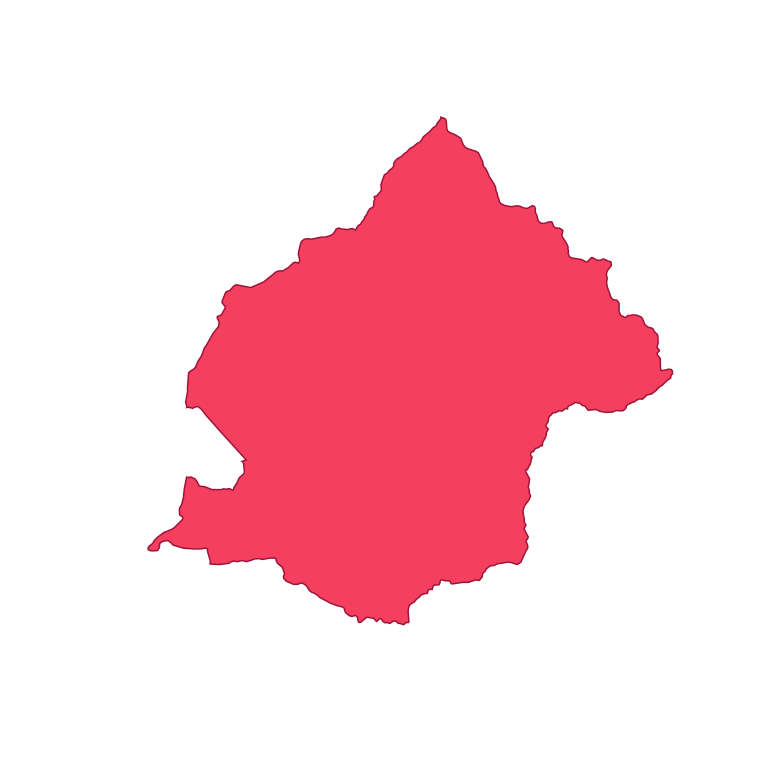 the district of San Marcos, Cajamarca, Peru, rotated 341°
{"feature_id": "86281439B35879365662070", "entity_name": "San Marcos", "entity_type": "district", "adm_level": 2, "iso_a3": "PER", "parent_name": "Peru", "parent_adm1": "Cajamarca", "projection": "albers", "projection_center": [-78.029, -7.273], "detail": "fine", "context": "isolated", "style": "filled", "palette": "rose", "viewbox_px": 768, "rotation_deg": 341, "n_neighbors": 0, "source": "geoboundaries", "source_scale": "gbopen_adm2", "svg_char_len": 6171}
<svg xmlns="http://www.w3.org/2000/svg" viewBox="0 0 768 768"><g transform="rotate(341 384 384)"><path d="M524.6,150.2L524.3,151.5L519.3,154.7L517.2,156.9L513.8,157.8L509.0,160.4L501.7,163.1L499.1,165.5L496.0,167.2L494.2,167.2L487.3,169.6L485.4,169.7L480.6,172.3L478.4,172.7L473.9,174.7L470.1,175.3L467.6,176.4L465.5,178.1L463.5,181.9L457.9,184.1L456.1,185.5L452.4,186.4L446.0,194.5L444.8,199.3L444.1,200.4L438.2,203.9L436.0,203.5L435.5,204.5L435.5,206.2L433.8,208.2L432.8,211.0L431.4,213.0L430.4,213.5L428.4,213.5L426.9,214.2L425.1,215.6L423.1,218.0L420.4,219.6L418.5,221.9L415.7,223.5L414.0,225.2L411.3,225.8L410.2,226.5L407.4,229.2L404.8,226.8L398.5,225.7L396.7,224.5L394.8,224.0L391.8,221.7L389.1,222.0L387.9,223.3L384.5,225.6L381.5,226.2L376.3,226.0L372.1,224.6L364.4,223.7L362.0,223.2L359.3,221.8L355.7,221.2L352.9,222.1L351.2,223.6L347.0,230.1L345.3,233.2L344.6,239.7L342.5,242.0L340.2,240.1L338.0,239.8L331.7,242.7L325.2,244.1L321.1,242.8L318.7,242.8L303.5,248.3L290.1,249.4L288.6,249.0L276.5,242.0L273.8,242.5L268.5,245.5L265.2,245.3L263.7,246.2L257.6,253.5L257.4,254.5L258.9,258.9L258.8,260.2L253.2,265.3L252.4,265.8L248.6,265.9L248.1,266.3L247.8,267.9L248.3,271.7L246.5,275.6L238.7,280.6L228.8,289.5L226.1,291.3L220.4,298.2L215.7,301.8L211.2,306.8L208.6,308.1L205.2,308.8L202.9,309.8L197.1,323.3L195.8,327.2L190.4,336.9L190.4,340.7L189.7,342.0L191.3,342.0L192.8,343.3L193.7,343.5L195.0,344.7L198.1,344.2L200.3,344.7L201.2,345.3L203.2,348.6L205.9,356.5L213.3,374.4L229.0,411.0L224.5,410.9L225.1,411.9L225.3,413.5L223.7,420.6L222.9,422.5L221.7,423.5L217.3,425.2L216.0,426.1L213.0,429.4L208.2,433.2L207.2,435.1L206.5,435.4L204.0,432.7L200.4,432.0L197.8,430.8L195.4,430.8L187.1,427.9L181.1,422.8L176.6,420.6L176.0,419.4L175.6,416.0L174.5,412.3L171.1,409.0L169.1,408.9L167.1,407.7L161.1,418.0L157.2,426.4L153.5,432.0L150.5,434.6L149.4,436.6L148.3,440.8L148.4,441.8L150.1,443.7L150.1,445.2L149.1,446.6L138.8,451.6L136.2,452.3L127.5,452.7L120.2,455.1L115.6,457.3L113.6,459.3L109.0,461.0L107.8,461.9L107.1,463.1L107.7,464.8L110.2,466.2L114.8,467.6L116.2,467.4L117.5,466.3L119.1,464.1L119.9,462.0L121.0,461.3L124.1,460.8L126.7,461.1L128.8,461.9L130.3,463.8L132.4,467.9L141.6,474.3L151.5,478.4L157.6,480.4L161.7,481.1L163.4,482.3L162.8,484.0L162.5,487.2L162.2,494.8L160.9,497.5L169.2,501.0L178.8,503.0L182.2,502.3L184.3,502.5L187.7,504.3L192.5,504.7L196.3,507.3L205.4,507.4L209.4,508.6L211.7,510.2L219.9,511.6L225.0,513.4L224.5,515.7L224.9,518.9L228.2,524.1L228.2,531.1L226.3,533.1L225.9,535.1L227.5,538.8L233.3,544.0L237.3,545.3L239.9,545.1L242.1,545.7L244.9,549.4L246.3,555.2L247.7,557.2L250.3,559.4L252.6,562.5L253.6,564.7L261.7,573.5L267.4,578.3L271.2,580.6L273.0,582.3L273.3,583.3L273.1,587.5L275.7,591.7L277.9,593.3L280.3,593.4L281.7,593.8L282.4,594.5L283.0,596.2L282.3,599.4L282.4,600.9L283.4,601.6L284.7,601.7L291.4,599.0L293.3,599.6L298.2,602.4L298.7,604.4L299.8,606.1L303.9,604.4L304.6,605.0L305.3,606.2L305.4,607.6L306.8,609.8L309.5,610.8L311.3,612.1L312.3,612.2L315.6,611.2L317.7,612.0L318.4,612.6L319.5,615.0L321.0,615.5L324.0,617.8L324.9,617.8L327.1,616.7L329.3,617.5L330.1,617.0L333.0,606.2L335.5,601.8L338.6,600.4L341.4,600.1L344.9,598.0L348.3,596.9L350.2,595.6L353.0,595.4L357.0,596.0L357.9,594.2L359.7,592.9L362.8,593.9L364.0,591.7L366.1,590.3L370.0,591.7L370.9,591.6L372.4,589.8L373.0,588.4L373.7,588.0L375.4,588.3L377.9,590.0L381.8,591.5L382.2,592.0L382.3,594.0L383.2,595.2L394.0,597.2L399.0,599.0L406.8,599.1L410.3,600.7L414.0,598.4L415.7,595.2L418.0,594.3L420.8,592.1L424.2,590.8L426.7,590.8L428.8,591.4L433.1,591.0L443.3,592.8L446.1,594.2L450.4,597.5L451.8,598.0L455.3,597.1L463.9,588.0L466.1,586.4L467.3,583.9L467.1,579.2L467.5,578.3L469.4,577.1L470.6,575.5L469.4,567.4L469.6,566.2L472.3,563.6L471.7,560.3L472.6,557.9L473.5,551.5L474.3,548.9L477.1,545.0L483.6,540.6L486.2,537.5L485.9,534.7L486.7,532.2L486.7,529.0L490.8,521.1L489.5,513.2L489.9,511.4L491.8,511.7L494.6,508.5L496.3,507.5L496.5,506.5L497.4,505.7L499.1,502.6L500.2,501.7L499.4,498.7L501.2,496.1L503.0,496.7L506.2,494.2L509.2,494.4L511.8,493.5L513.7,493.9L514.4,492.0L515.7,490.2L519.0,487.5L520.8,485.1L522.1,482.3L524.7,480.2L523.2,476.5L523.5,475.9L526.7,473.3L529.4,468.7L532.4,467.5L534.2,466.2L536.6,466.9L540.9,466.4L543.6,467.6L547.9,466.2L549.4,467.3L550.5,465.4L551.8,464.8L555.7,464.5L558.7,463.8L559.7,464.0L561.0,465.1L563.0,465.9L564.5,468.9L566.8,470.2L568.4,475.2L576.4,477.2L579.4,480.2L584.6,483.1L591.0,484.9L594.5,484.6L601.0,487.1L604.2,486.1L605.5,484.8L606.1,483.6L608.0,482.9L613.3,482.2L615.2,482.5L616.8,481.6L620.4,481.2L623.6,482.5L629.1,480.0L634.0,480.5L640.0,478.4L640.9,477.5L641.9,477.4L643.8,476.3L646.4,475.9L652.4,473.0L657.0,471.7L658.6,468.8L660.1,468.4L660.9,465.4L660.4,463.9L658.1,462.7L652.3,462.1L650.3,461.1L650.4,459.5L653.5,450.0L652.1,445.5L652.0,444.1L652.2,443.7L655.2,442.4L655.3,441.0L654.3,439.4L654.1,437.9L656.5,434.6L658.6,427.7L658.5,426.1L656.4,421.8L656.5,420.0L656.2,419.3L655.6,418.5L652.0,416.1L650.0,412.8L649.7,406.5L649.2,404.7L648.5,403.9L645.2,401.1L641.2,399.5L639.2,399.4L636.8,398.6L635.0,399.5L633.5,399.5L630.1,396.0L629.9,391.9L632.5,384.6L632.5,383.5L631.4,380.5L628.3,379.1L626.9,376.7L626.7,364.4L627.7,359.9L629.6,356.7L629.7,353.4L631.2,350.6L632.7,349.2L637.2,346.2L637.8,345.2L638.3,342.4L636.4,341.1L632.3,337.2L628.4,337.4L625.4,336.0L622.3,332.4L621.7,332.1L621.0,332.1L616.0,334.7L615.1,334.6L611.3,330.6L601.7,325.5L600.5,322.5L600.9,320.0L601.8,318.2L601.9,315.9L602.7,314.2L602.3,310.3L600.3,301.8L602.5,298.3L603.0,297.3L602.8,296.4L600.6,293.8L596.8,292.1L595.7,289.8L595.7,285.8L594.8,284.9L590.3,284.2L588.0,284.5L584.2,282.7L582.9,279.3L583.4,274.6L583.0,270.8L584.2,267.5L584.1,265.1L582.5,263.7L576.4,264.6L573.2,262.8L570.0,259.8L566.5,258.5L562.5,257.9L558.7,256.0L556.4,254.6L553.1,251.3L552.5,249.3L552.8,247.2L552.5,244.6L553.1,240.5L552.9,237.4L553.5,234.2L553.2,230.9L551.1,222.3L550.8,216.9L550.1,212.9L549.1,211.1L549.1,208.8L549.7,206.0L548.5,196.2L546.7,193.9L540.1,189.0L537.8,186.6L536.8,183.4L536.6,177.1L536.1,175.9L531.3,170.3L529.0,168.6L526.7,165.7L526.4,163.6L528.5,155.5L528.4,154.0L527.8,152.7L524.6,150.2Z" fill="#f43f5e" stroke="#9f1239" stroke-width="1.5"/></g></svg>